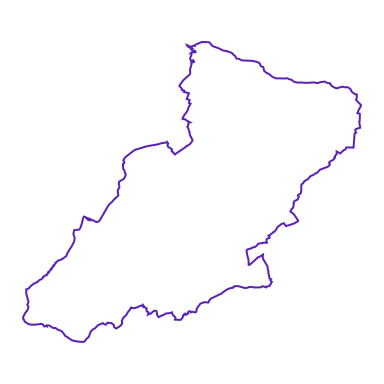 Gilau, Cluj, Romania
{"feature_id": "2599482B93154387611323", "entity_name": "Gilau", "entity_type": "district", "adm_level": 2, "iso_a3": "ROU", "parent_name": "Romania", "parent_adm1": "Cluj", "projection": "natural_earth1", "projection_center": [23.329, 46.73], "detail": "fine", "context": "isolated", "style": "outline", "palette": "violet", "viewbox_px": 384, "rotation_deg": 0, "n_neighbors": 0, "source": "geoboundaries", "source_scale": "gbopen_adm2", "svg_char_len": 5914}
<svg xmlns="http://www.w3.org/2000/svg" viewBox="0 0 384 384"><path d="M195.7,312.3L196.3,311.5L196.9,308.3L200.4,303.6L204.5,302.2L208.4,302.5L208.8,301.2L210.7,298.7L221.7,293.4L224.8,290.9L227.6,289.2L230.0,288.2L233.1,287.7L233.6,287.2L233.7,286.5L235.7,286.1L238.0,286.1L244.8,288.0L246.8,287.9L249.9,286.8L254.9,287.5L260.8,287.3L262.6,286.2L265.9,287.3L266.0,286.7L266.7,286.8L269.5,285.8L269.4,285.5L270.3,284.8L271.3,282.5L271.9,281.9L270.3,280.3L270.4,279.5L270.9,279.1L269.4,278.4L269.1,275.7L268.3,272.9L268.4,271.3L267.6,268.4L267.7,266.8L264.2,260.8L263.3,259.7L263.4,259.3L262.7,257.3L263.0,254.6L259.4,256.9L258.1,257.2L249.9,264.7L248.7,264.9L248.5,259.9L247.2,254.9L246.5,250.4L248.0,249.2L250.9,248.5L252.4,247.6L255.2,246.9L257.3,245.1L258.2,243.8L264.2,242.6L266.8,242.8L266.5,240.4L266.6,239.3L268.2,238.3L269.5,238.0L269.6,237.7L269.5,236.7L268.5,235.7L271.5,233.9L273.6,231.8L274.7,231.6L276.3,229.3L277.3,227.2L281.7,223.9L283.9,223.2L285.9,226.1L294.0,223.5L298.0,221.2L297.9,220.2L294.3,214.9L293.0,213.4L291.2,212.3L290.4,211.4L291.4,209.4L292.9,207.9L293.4,206.6L293.8,203.6L293.5,203.2L294.0,202.4L294.1,201.4L297.9,199.3L298.8,196.6L298.1,196.1L297.9,195.2L300.8,193.3L300.8,192.3L301.4,190.1L301.2,188.0L301.4,184.5L303.2,183.2L304.3,181.2L307.7,179.3L310.5,176.1L313.6,174.8L315.4,173.5L317.3,172.7L319.4,170.2L320.2,169.6L327.9,166.7L329.5,165.3L329.9,164.0L329.1,163.0L329.3,162.2L330.2,161.4L333.4,159.7L334.1,158.8L334.6,157.8L334.5,157.3L335.0,157.3L335.0,156.6L335.3,155.5L336.6,154.4L336.6,151.5L340.3,153.4L343.9,150.0L345.5,149.5L346.3,147.4L353.5,147.6L354.6,133.5L356.2,132.7L355.2,130.7L355.5,129.4L356.8,128.7L360.2,127.7L359.2,121.6L359.7,120.8L359.9,114.6L359.7,113.6L357.4,113.2L359.0,109.3L360.6,106.6L361.0,105.1L356.1,100.0L356.9,96.5L356.6,95.3L356.9,94.6L354.4,93.7L353.2,92.9L351.7,91.6L350.5,89.1L348.3,87.5L346.5,87.1L345.2,87.4L342.4,86.7L338.5,87.7L338.1,88.1L336.5,88.3L336.1,88.0L335.0,87.9L331.7,85.9L330.9,85.0L330.1,83.3L327.7,83.1L324.8,81.6L320.5,82.1L317.5,83.2L313.9,82.4L307.1,82.9L301.1,82.5L298.0,82.6L294.4,82.0L291.3,79.7L289.0,79.2L287.3,78.2L285.1,78.5L275.7,78.3L271.8,76.4L269.0,74.0L266.3,72.7L264.1,70.8L263.3,67.1L260.7,66.1L259.9,63.7L258.7,62.6L256.4,61.7L251.5,60.8L241.8,60.4L239.1,58.9L236.5,58.5L236.2,58.2L235.0,55.9L233.1,54.4L231.8,52.9L227.1,51.2L223.0,50.5L219.3,48.5L212.8,46.2L211.9,45.5L210.6,43.7L209.0,42.2L201.8,42.0L195.6,44.6L195.1,45.1L194.8,45.9L193.9,45.5L192.2,46.4L190.5,46.8L186.9,45.0L187.1,45.6L189.1,47.4L191.6,48.3L191.3,48.4L191.2,49.0L191.7,49.4L191.7,49.9L195.3,51.1L195.6,52.0L195.1,52.3L191.7,52.3L191.0,53.0L191.5,52.9L191.5,54.8L190.4,57.4L190.1,59.3L191.4,60.9L193.2,60.2L194.1,61.7L193.6,62.2L191.2,62.5L191.5,64.3L190.0,69.7L190.3,73.3L189.4,74.8L183.3,80.2L179.3,85.8L181.8,88.6L181.7,89.9L184.2,90.6L183.7,91.8L188.9,93.3L186.7,99.0L189.6,100.1L188.9,102.9L190.6,103.7L188.5,107.4L187.7,110.0L186.8,111.8L184.6,114.7L182.5,118.1L182.7,119.1L184.9,119.2L186.3,120.3L189.9,122.3L188.6,122.5L188.6,123.0L188.3,123.2L188.6,124.0L188.0,125.1L188.0,126.1L187.4,127.0L188.4,128.6L189.1,131.4L189.6,132.1L189.7,134.5L192.6,140.3L192.2,141.1L190.2,143.8L187.6,145.7L186.8,145.9L185.0,147.5L175.5,153.9L175.1,154.4L174.8,154.5L172.6,151.8L171.7,151.4L172.1,149.5L168.0,146.7L167.4,145.2L168.2,143.4L167.9,143.0L167.3,142.9L167.0,142.2L166.8,142.6L165.7,142.5L162.6,143.2L161.8,143.0L158.6,144.2L146.6,146.3L134.6,150.0L125.1,157.4L123.3,160.4L124.2,161.9L124.2,163.1L123.0,163.9L123.0,165.8L123.2,168.8L124.3,170.4L124.6,171.1L124.7,172.4L125.7,173.9L125.5,175.7L123.9,178.8L119.2,181.6L118.8,183.8L119.4,186.3L119.2,187.9L118.0,189.7L117.8,190.6L118.3,195.6L114.1,199.4L112.1,201.8L108.7,204.9L100.2,219.6L99.5,220.7L98.2,221.7L96.2,222.0L91.5,219.6L87.5,218.1L89.2,220.1L88.0,219.9L85.2,216.9L84.3,216.5L83.6,217.0L82.9,218.9L82.1,222.8L80.3,228.0L79.1,229.6L74.2,230.2L73.4,233.8L74.7,238.4L74.1,241.5L71.7,246.4L69.5,249.5L68.6,251.4L67.9,252.0L66.3,256.0L62.9,258.6L61.8,259.0L61.0,259.7L58.4,260.5L56.9,261.5L56.2,262.6L55.7,262.6L55.7,263.0L55.4,263.2L54.7,264.5L53.5,265.4L53.7,265.9L53.1,265.9L53.0,266.6L51.8,267.9L51.7,268.9L51.3,268.8L51.3,269.2L50.9,269.3L51.0,269.6L50.5,269.9L50.3,270.5L49.4,271.0L49.0,272.0L48.2,272.2L48.3,272.8L48.0,272.8L47.7,273.6L47.2,273.8L46.8,275.1L46.4,274.9L44.2,276.1L44.0,276.5L43.4,276.7L43.5,277.0L42.9,277.4L41.9,278.9L39.8,279.9L38.1,281.2L37.5,282.1L36.8,282.1L35.0,283.3L34.3,283.3L30.9,285.9L28.8,288.3L27.1,289.3L26.3,289.3L26.2,292.7L26.6,295.1L27.4,297.4L27.7,299.7L28.5,301.1L28.4,302.4L27.3,304.8L28.4,306.6L28.4,307.7L26.9,311.1L25.4,312.6L23.9,315.5L23.2,316.9L23.0,318.6L23.5,318.9L24.8,321.7L27.6,323.6L30.3,324.6L34.9,324.7L41.2,323.9L42.8,324.4L43.9,326.2L44.5,326.5L45.4,326.3L46.1,325.6L47.0,326.2L47.0,325.4L49.3,325.5L53.1,328.0L55.4,327.9L57.3,329.4L61.7,331.2L64.1,334.1L64.9,335.6L72.2,340.4L76.0,341.3L83.0,342.0L84.7,341.4L86.2,339.1L89.0,336.6L90.0,333.2L91.3,330.9L93.0,329.4L95.1,328.2L98.0,325.2L102.1,323.4L103.3,323.3L103.8,324.0L105.4,324.7L106.5,324.3L106.7,323.6L107.5,322.7L111.6,323.2L113.8,325.0L114.1,327.0L116.1,328.5L119.7,326.4L122.0,323.9L122.0,321.6L121.8,320.9L122.7,319.0L123.2,318.5L123.2,317.8L126.3,315.0L127.7,312.4L129.6,310.1L131.1,307.5L131.9,308.0L133.2,308.2L135.7,307.8L136.4,307.4L137.5,307.4L138.2,306.8L140.5,305.7L142.0,305.5L142.9,306.5L143.1,305.2L144.8,307.3L146.7,308.5L146.7,308.8L146.3,309.2L146.8,311.4L148.6,312.4L148.0,314.6L149.4,313.8L150.4,313.9L153.8,310.9L156.4,310.9L157.2,314.9L157.9,316.3L158.9,317.1L161.5,315.6L163.2,315.2L165.9,313.5L169.4,313.2L171.9,312.3L172.9,315.1L175.3,317.2L175.5,318.6L174.9,319.6L175.3,319.7L180.6,319.9L182.5,317.9L182.9,316.7L183.0,315.6L183.6,314.7L184.8,313.8L185.0,314.6L185.8,314.3L186.1,314.7L188.2,313.5L187.9,312.6L188.7,311.5L189.8,311.2L190.9,312.4L192.0,311.6L193.1,312.0L195.7,312.3Z" fill="none" stroke="#5b21b6" stroke-width="2"/></svg>